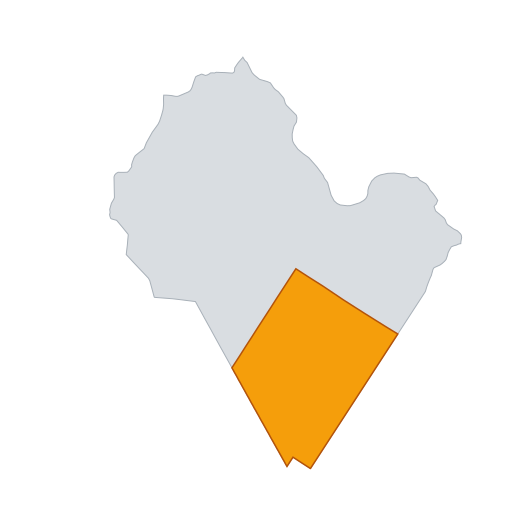 where Al Kufrah sits in Libya, rotated 33°
{"feature_id": "LBY-2965", "entity_name": "Al Kufrah", "entity_type": "Municipality", "adm_level": 1, "iso_a3": "LBY", "parent_name": "Libya", "parent_adm1": "", "projection": "mercator", "projection_center": [22.731, 23.273], "detail": "fine", "context": "in_parent", "style": "filled", "palette": "amber", "viewbox_px": 512, "rotation_deg": 33, "n_neighbors": 0, "source": "natural_earth", "source_scale": "10m", "svg_char_len": 4689}
<svg xmlns="http://www.w3.org/2000/svg" viewBox="0 0 512 512"><g transform="rotate(33 256 256)"><path d="M95.4,168.7L97.9,167.4L101.4,166.0L103.2,164.9L104.0,164.0L106.6,160.2L108.0,158.1L109.9,155.3L110.7,153.3L110.8,151.5L110.5,149.3L109.0,143.9L107.8,138.7L108.7,136.7L109.5,135.8L111.1,133.3L111.8,132.9L115.3,132.1L116.7,130.5L117.8,128.4L118.1,127.3L119.6,126.2L121.5,125.1L122.6,123.6L126.3,121.4L129.7,119.3L133.7,117.1L136.7,115.4L137.4,114.0L137.3,112.7L135.7,109.8L135.7,106.3L135.8,103.5L136.0,101.8L136.7,97.0L136.7,96.4L139.9,98.0L143.2,98.6L152.9,104.4L156.0,105.2L162.8,105.9L170.8,103.5L173.8,103.0L179.1,105.3L181.4,105.9L185.3,106.1L192.0,108.1L193.7,108.8L197.5,112.1L199.4,113.0L213.2,116.0L215.1,117.9L217.0,121.7L217.1,126.3L218.2,129.7L219.9,134.0L222.0,137.1L224.2,139.7L226.9,141.3L232.9,143.6L239.8,144.5L246.7,144.8L258.5,148.1L268.5,151.8L271.0,153.6L276.0,155.4L286.0,164.2L291.5,167.2L295.4,167.8L298.9,167.3L305.1,164.2L307.7,162.4L314.0,154.9L316.0,150.9L316.8,148.1L316.6,145.3L315.8,142.7L314.1,140.0L312.9,136.5L312.2,130.1L313.1,125.6L314.3,123.0L316.2,120.2L321.4,115.0L326.6,111.3L335.8,106.5L341.2,106.4L343.4,105.9L347.8,102.5L349.5,102.3L352.0,103.2L359.2,102.9L362.4,103.9L366.2,106.0L371.1,107.4L374.4,108.7L378.1,110.4L378.9,114.6L378.5,115.8L378.4,117.5L382.1,120.4L392.8,121.7L394.9,122.5L397.8,124.7L399.7,125.4L407.0,125.7L411.2,125.2L415.3,126.0L416.8,126.7L418.4,128.5L420.2,132.7L421.0,134.1L420.2,134.8L419.0,136.2L418.3,137.5L416.4,139.6L414.8,141.9L414.9,145.2L415.3,148.6L416.4,151.8L417.3,155.5L417.0,157.8L416.2,160.8L415.3,163.2L412.1,168.2L411.6,169.4L411.8,171.1L413.7,177.0L413.9,178.8L415.0,184.5L416.1,189.2L417.2,192.8L417.4,193.8L417.4,199.2L417.4,204.5L417.4,209.8L417.4,215.1L417.4,220.5L417.4,225.8L417.4,231.0L417.4,236.3L417.4,241.6L417.4,246.8L417.4,252.1L417.4,257.3L417.4,262.5L417.4,267.7L417.4,272.9L417.4,278.1L417.4,283.3L417.4,288.5L417.4,293.6L417.4,298.8L417.4,303.9L417.4,309.1L417.4,314.2L417.4,319.3L417.4,324.4L417.4,329.5L417.4,334.6L417.4,339.7L417.4,344.8L417.4,349.8L417.4,354.9L417.4,359.9L417.4,371.1L417.4,382.2L417.4,393.3L417.4,404.4L417.3,404.5L417.2,404.5L412.0,404.6L406.9,404.6L401.7,404.5L396.6,404.5L396.6,407.3L396.6,410.1L396.6,412.8L396.6,415.6L386.6,410.4L376.6,405.1L366.7,399.9L356.7,394.6L346.7,389.4L336.7,384.1L326.7,378.8L316.8,373.5L306.8,368.2L296.8,362.9L286.8,357.6L276.8,352.3L266.9,347.0L256.9,341.6L246.9,336.3L236.9,330.9L230.0,327.2L222.6,330.8L216.8,333.6L209.1,337.4L200.3,342.2L193.5,345.9L193.2,345.9L192.9,345.8L185.9,339.5L180.4,334.6L177.9,333.2L167.5,330.7L157.2,328.2L146.4,325.5L144.4,321.5L142.2,317.0L139.2,311.4L137.4,307.9L136.8,307.4L128.5,304.7L119.7,302.0L114.5,303.6L113.6,303.5L112.2,302.5L110.7,301.1L110.0,299.1L107.9,296.5L106.0,290.5L105.8,285.7L105.4,284.0L100.8,277.3L96.7,271.2L93.9,267.1L93.4,265.2L93.7,262.9L94.8,260.9L98.8,258.4L102.5,255.8L103.0,253.9L103.2,248.9L102.0,247.3L101.1,244.3L100.2,240.2L100.1,237.6L101.8,232.4L103.7,226.9L102.4,220.8L101.6,208.6L102.1,198.9L101.7,195.4L101.3,193.9L100.1,189.3L98.6,184.6L97.9,182.9L95.9,179.1L92.7,174.4L91.0,171.4L93.3,169.9L95.4,168.7Z" fill="#d9dde1" stroke="#a8b0b8" stroke-width="1"/><path d="M396.6,415.6L394.0,414.3L391.5,412.9L388.9,411.6L386.3,410.2L383.8,408.9L381.2,407.5L378.6,406.2L376.0,404.8L373.5,403.5L370.9,402.1L368.3,400.8L365.7,399.4L363.2,398.0L360.6,396.7L358.0,395.3L355.5,394.0L352.9,392.6L350.3,391.3L347.7,389.9L345.2,388.5L342.6,387.2L340.0,385.8L337.4,384.5L334.9,383.1L332.3,381.8L329.7,380.4L327.2,379.0L324.6,377.7L322.0,376.3L319.4,374.9L316.9,373.6L314.3,372.2L311.7,370.8L309.1,369.5L306.6,368.1L304.0,366.7L301.4,365.4L298.9,364.0L296.7,362.9L296.7,361.1L296.7,360.9L296.7,360.7L296.7,360.4L296.7,360.2L296.7,359.9L296.7,359.7L296.7,359.2L296.7,348.0L296.6,336.8L296.6,325.5L296.5,314.2L296.5,302.9L296.5,291.5L296.4,280.0L296.4,268.5L296.4,256.8L296.4,245.0L303.5,245.0L310.5,245.0L319.6,244.9L328.7,244.8L341.2,245.0L353.7,245.2L365.9,245.1L378.1,245.0L390.3,244.8L402.5,244.6L410.1,244.4L417.4,244.2L417.4,248.6L417.4,253.2L417.4,260.0L417.4,266.7L417.4,273.5L417.4,280.2L417.4,287.0L417.4,293.7L417.4,300.4L417.4,307.0L417.4,313.7L417.4,320.4L417.4,327.0L417.4,333.6L417.4,340.2L417.4,346.8L417.4,353.4L417.4,359.9L417.4,362.7L417.4,365.5L417.4,368.3L417.4,371.1L417.4,373.9L417.4,376.7L417.4,379.5L417.4,382.2L417.4,385.0L417.4,387.8L417.4,390.6L417.4,393.3L417.4,395.5L417.4,397.6L417.4,399.7L417.4,401.8L417.4,404.3L417.4,404.5L417.2,404.6L415.1,404.6L412.0,404.6L409.5,404.6L406.9,404.6L404.1,404.6L401.7,404.6L400.0,404.6L396.6,404.6L396.6,407.3L396.6,410.1L396.6,412.8L396.6,415.6Z" fill="#f59e0b" stroke="#b45309" stroke-width="1.5"/></g></svg>